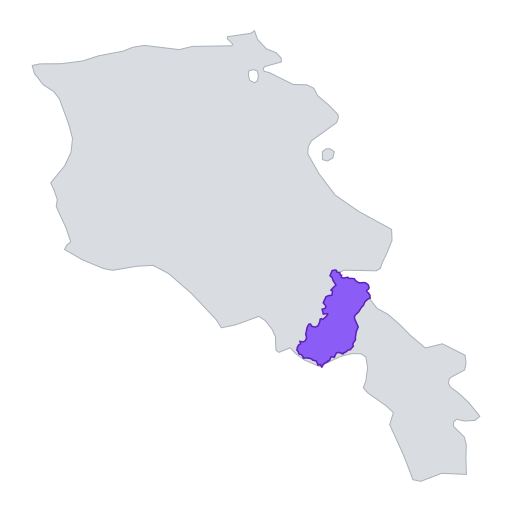 location of Vayk, Vayots Dzor, Armenia
{"feature_id": "60910142B90303504942673", "entity_name": "Vayk", "entity_type": "district", "adm_level": 2, "iso_a3": "ARM", "parent_name": "Armenia", "parent_adm1": "Vayots Dzor", "projection": "mercator", "projection_center": [45.554, 39.753], "detail": "fine", "context": "in_parent", "style": "filled", "palette": "violet", "viewbox_px": 512, "rotation_deg": 0, "n_neighbors": 0, "source": "geoboundaries", "source_scale": "gbopen_adm2", "svg_char_len": 6876}
<svg xmlns="http://www.w3.org/2000/svg" viewBox="0 0 512 512"><path d="M221.3,327.8L216.4,319.9L191.7,293.7L168.8,273.7L153.1,265.4L137.3,266.2L112.7,270.3L103.7,268.6L82.3,259.8L64.5,249.4L66.9,245.0L70.7,241.9L66.2,228.3L56.2,206.5L57.3,199.6L54.1,190.1L50.7,182.9L64.7,165.8L71.1,152.0L72.5,138.5L68.8,124.5L59.5,99.1L53.9,91.7L43.3,84.8L34.4,73.5L32.2,65.5L39.7,63.9L61.4,63.7L82.5,61.0L99.0,55.7L123.0,51.2L132.8,47.3L144.3,45.4L179.3,49.6L192.3,46.4L231.7,45.8L232.7,44.1L227.4,38.7L227.4,36.7L250.8,33.3L254.5,30.7L257.5,39.3L266.3,48.8L276.0,52.6L281.1,57.9L281.4,61.9L264.3,66.7L263.2,69.1L264.3,71.4L269.4,72.6L293.2,84.5L306.8,84.8L313.9,88.4L317.5,95.5L328.9,105.2L337.9,114.5L338.4,117.8L336.7,122.5L311.4,140.8L308.2,147.1L307.8,153.8L318.9,173.6L335.3,195.2L359.0,211.6L391.6,229.4L392.0,240.4L386.8,253.4L382.4,262.3L380.4,268.3L376.4,270.8L344.0,270.2L339.1,272.3L337.0,274.9L336.8,277.0L348.5,281.0L366.7,294.9L377.1,308.4L388.0,314.3L400.3,325.1L410.1,335.1L425.3,348.0L442.4,343.8L465.1,355.2L466.1,363.1L464.6,370.0L450.3,377.6L448.6,380.8L448.6,383.4L450.4,387.1L458.8,393.3L468.7,402.5L479.8,416.3L474.9,420.4L464.5,421.0L456.4,419.3L453.6,422.1L453.7,426.6L464.3,437.0L466.3,444.6L465.9,457.8L466.4,474.4L441.8,473.3L420.8,481.3L412.9,479.7L407.6,465.6L403.1,454.1L389.7,424.7L393.4,412.6L385.9,405.6L367.9,393.0L363.3,387.8L365.9,380.7L367.6,367.6L365.9,357.0L361.1,353.8L352.1,353.6L341.2,356.2L319.3,366.4L304.1,359.9L295.3,353.3L290.2,347.8L278.8,352.4L276.0,350.2L275.4,336.5L272.0,329.2L265.2,320.6L258.8,316.4L235.4,324.9L221.3,327.8ZM257.6,80.6L258.4,75.5L257.3,71.0L253.5,69.6L248.8,70.8L248.4,75.8L249.9,80.6L254.6,82.7L257.6,80.6ZM332.9,157.9L327.5,161.0L322.4,159.6L322.4,151.8L326.1,148.8L330.3,148.9L334.3,151.7L332.9,157.9Z" fill="#d9dde1" stroke="#a8b0b8" stroke-width="1"/><path d="M332.1,270.6L331.8,271.4L330.2,275.2L330.0,275.8L332.2,277.7L332.8,280.0L336.0,285.2L333.7,287.1L330.9,290.1L332.4,291.0L332.0,295.2L328.6,295.6L326.0,296.7L323.2,302.8L325.3,305.3L326.1,306.9L324.7,308.5L322.1,309.2L323.3,314.1L327.6,313.7L327.6,314.9L325.4,317.2L322.7,319.5L321.3,318.6L320.1,319.2L319.8,321.8L317.9,325.9L315.0,327.1L311.8,326.3L310.5,324.0L308.8,324.2L307.1,327.5L305.7,334.4L306.6,337.3L305.5,340.5L303.4,341.9L299.9,341.4L300.6,343.8L298.3,345.2L298.2,345.6L298.1,346.2L297.8,346.6L297.7,346.7L297.3,347.4L297.2,347.7L297.3,348.1L297.4,348.5L297.4,348.8L297.2,349.0L296.9,349.3L296.9,349.8L297.0,350.3L297.3,350.7L297.4,350.8L297.7,351.0L297.9,351.3L298.2,351.6L298.3,351.7L298.3,352.0L298.4,352.5L298.4,352.8L298.6,353.2L298.8,353.6L299.1,354.0L299.5,354.2L299.8,354.3L300.3,354.4L300.7,354.4L301.0,354.4L301.2,354.5L301.5,354.8L301.7,355.2L302.0,355.5L302.3,355.8L302.9,356.3L303.1,356.5L303.1,357.0L303.0,357.4L303.0,357.7L303.2,357.9L303.3,358.1L303.8,358.1L304.3,358.1L304.7,358.1L305.1,358.1L305.4,358.0L305.8,357.9L306.1,357.9L306.4,357.9L306.7,357.8L307.0,357.9L307.4,358.1L307.6,358.2L308.1,358.2L308.4,358.1L308.8,358.1L309.1,358.0L309.4,358.1L309.6,358.3L309.8,358.4L309.9,358.5L310.2,358.7L310.6,358.7L310.8,358.7L311.2,358.8L311.5,358.9L311.7,359.1L311.9,359.3L312.1,359.5L312.3,359.8L312.5,360.1L312.8,360.2L313.5,360.2L314.1,360.3L314.3,360.6L314.8,360.7L315.1,360.8L315.5,360.9L315.9,360.9L316.3,360.9L316.4,361.0L316.5,361.3L316.6,361.7L316.7,362.0L316.8,362.3L317.0,362.7L317.2,363.1L317.3,363.2L317.5,363.4L317.6,363.6L317.7,364.0L317.7,364.4L317.7,364.6L317.8,364.8L317.8,365.0L318.0,365.1L318.7,365.0L318.9,365.0L319.2,364.9L319.4,364.8L319.7,364.7L319.9,364.5L320.1,364.4L320.4,364.4L320.5,364.5L320.7,364.8L320.7,365.2L320.8,365.5L321.0,365.9L321.3,366.3L321.4,366.6L321.5,367.0L321.8,367.1L322.0,366.9L322.2,366.6L322.4,366.2L322.7,365.7L322.8,365.5L322.8,365.4L322.9,365.2L323.0,364.9L323.1,364.7L323.4,364.4L323.6,364.3L323.8,364.0L324.0,363.8L324.2,363.6L324.3,363.3L324.7,363.2L324.9,363.1L325.3,362.9L325.5,362.9L325.7,362.7L325.9,362.5L326.0,362.2L326.3,362.1L326.6,362.2L326.8,362.2L327.0,362.1L327.3,362.0L327.5,361.8L327.8,361.7L328.0,361.3L328.0,361.2L328.0,360.9L328.1,360.7L328.5,360.6L328.8,360.6L329.1,360.6L329.3,360.5L329.5,360.5L329.7,360.2L329.8,359.8L329.9,359.5L329.9,359.4L330.2,358.9L330.5,358.4L330.6,358.0L330.6,357.7L330.6,357.4L330.8,357.2L331.2,357.1L331.6,356.8L332.1,356.7L332.6,356.7L333.0,356.9L333.2,357.1L333.5,357.4L333.8,357.5L334.0,357.4L334.5,357.1L334.7,356.8L334.8,356.4L334.8,356.1L334.9,355.9L335.1,355.5L335.3,355.1L335.6,354.7L335.7,354.3L335.9,353.9L336.1,353.5L336.3,353.2L336.5,352.9L336.8,352.8L337.3,352.7L337.6,352.7L337.9,352.6L338.2,352.5L338.6,352.4L338.8,352.5L339.0,352.7L339.3,352.7L339.6,352.6L340.0,352.6L340.5,352.8L340.8,353.1L341.1,353.3L341.4,353.4L341.5,353.6L341.8,353.7L342.1,353.7L342.2,353.8L342.4,353.8L342.7,353.8L342.9,353.8L343.2,353.8L343.2,353.5L343.2,353.2L343.3,352.9L343.6,352.8L343.9,352.9L344.3,352.8L344.6,352.7L344.8,352.6L345.1,352.3L345.5,352.1L345.9,352.0L346.2,351.7L346.8,351.3L347.3,350.7L347.5,350.5L347.6,350.4L347.8,350.2L348.2,350.1L348.4,350.0L348.6,349.9L349.1,349.9L349.6,349.8L350.0,349.7L350.4,349.7L350.6,349.6L350.7,349.4L350.7,349.1L350.8,348.8L351.0,348.5L351.4,348.1L351.7,347.9L352.1,347.7L352.3,347.5L352.3,347.4L352.4,347.2L352.5,346.9L352.7,346.7L352.9,346.6L353.1,346.4L353.3,346.3L353.1,345.6L352.9,344.4L353.3,342.8L355.0,340.6L355.6,339.2L355.3,338.0L355.4,336.7L355.8,334.9L356.2,332.1L357.2,329.3L358.1,327.6L358.1,326.6L354.7,319.0L354.4,317.4L354.7,316.2L355.4,314.8L358.5,312.1L361.4,307.4L363.4,305.4L364.8,302.0L366.3,300.5L368.2,298.9L370.3,298.0L370.1,297.6L369.9,297.0L369.9,296.6L370.0,296.4L370.1,296.0L370.0,295.7L369.8,295.2L369.7,294.8L369.4,294.4L369.1,294.2L368.7,294.0L368.7,293.6L368.7,293.0L368.5,292.9L368.2,292.7L367.9,292.5L367.3,292.2L367.1,291.8L367.0,291.5L366.9,291.2L366.7,290.9L366.7,290.6L366.7,290.3L367.0,290.1L367.5,289.8L368.1,289.4L368.4,289.1L368.8,288.6L369.0,288.1L369.0,287.6L369.0,287.2L368.9,286.8L368.7,286.1L368.5,285.6L368.3,285.1L368.1,284.8L367.8,284.4L367.3,284.1L366.9,283.8L366.4,283.3L365.4,282.8L364.4,282.6L363.6,282.6L362.4,282.6L361.7,282.8L361.0,282.8L360.4,282.8L359.9,282.8L359.5,282.7L359.2,282.8L358.8,282.7L358.3,282.4L357.9,282.2L357.4,281.9L356.9,281.6L356.4,281.2L355.6,280.5L354.8,279.5L354.4,278.9L354.1,278.6L353.6,278.6L352.6,278.5L351.2,278.4L349.8,278.4L349.1,278.4L348.7,278.3L348.3,278.0L348.1,277.7L348.0,277.3L347.7,277.3L347.3,277.3L346.8,277.4L346.5,277.5L346.3,277.6L346.1,277.6L345.7,277.6L345.2,277.7L344.7,277.9L344.1,278.0L343.6,278.1L343.3,278.0L342.6,277.8L342.0,277.7L341.5,277.6L341.4,277.1L341.5,276.5L341.5,275.8L341.6,275.2L341.4,275.2L341.1,275.2L340.8,275.1L340.4,275.0L340.3,274.7L340.1,274.3L340.0,273.9L340.0,273.5L340.0,273.2L339.9,272.8L339.8,272.6L338.3,272.4L337.0,272.1L336.6,271.7L336.6,270.8L336.4,270.4L335.8,270.1L334.8,270.0L332.1,270.6Z" fill="#8b5cf6" stroke="#5b21b6" stroke-width="1.5"/></svg>